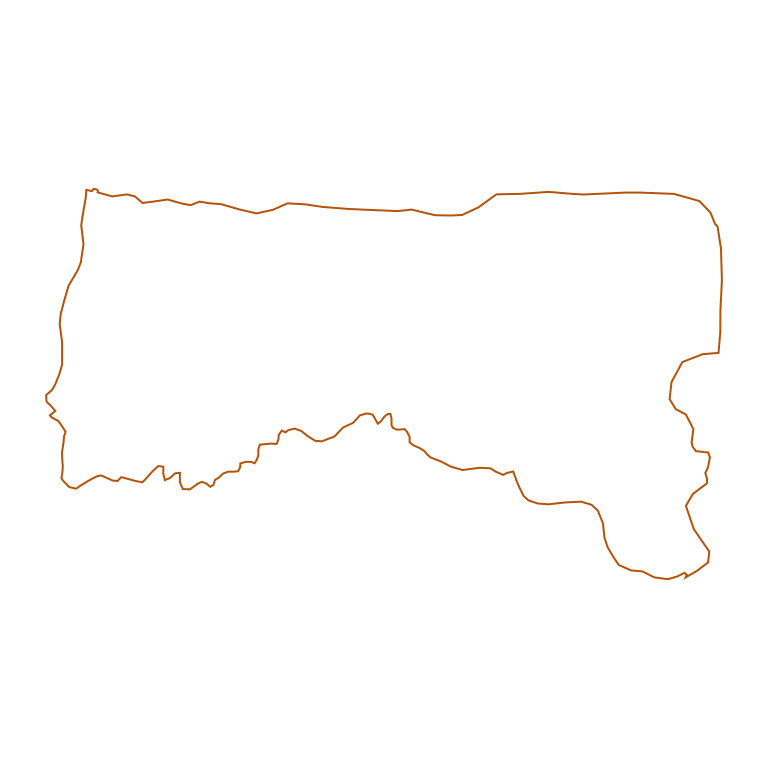 outline of Nyenebo, River Gee, Liberia
{"feature_id": "62588387B68728641169413", "entity_name": "Nyenebo", "entity_type": "district", "adm_level": 2, "iso_a3": "LBR", "parent_name": "Liberia", "parent_adm1": "River Gee", "projection": "albers", "projection_center": [-7.727, 4.898], "detail": "fine", "context": "isolated", "style": "outline", "palette": "amber", "viewbox_px": 768, "rotation_deg": 0, "n_neighbors": 0, "source": "geoboundaries", "source_scale": "gbopen_adm2", "svg_char_len": 3270}
<svg xmlns="http://www.w3.org/2000/svg" viewBox="0 0 768 768"><path d="M685.6,577.4L697.0,570.8L708.0,562.5L709.3,551.7L693.8,529.1L685.9,505.9L692.9,493.9L706.9,483.4L707.1,479.1L705.3,472.9L708.0,467.3L709.9,457.3L708.1,452.5L695.9,451.1L692.5,446.5L691.6,442.1L693.4,429.2L685.9,414.5L675.7,409.1L669.6,399.1L671.5,382.1L682.4,362.0L702.6,354.2L718.5,352.9L720.3,332.1L720.4,312.3L720.6,306.4L721.9,280.5L721.0,248.6L717.5,226.4L715.0,223.9L710.5,212.7L699.5,201.1L686.9,197.5L673.9,193.9L640.7,192.6L624.9,192.6L592.2,194.1L583.7,194.5L574.2,194.0L548.6,191.9L519.4,193.9L502.4,194.2L496.3,194.4L478.2,207.5L473.6,209.6L462.1,215.0L450.6,215.5L434.8,215.2L411.7,209.6L397.6,211.1L348.9,209.0L322.3,206.9L305.7,204.4L290.6,203.5L287.6,203.3L273.0,209.8L256.5,213.4L238.9,209.3L221.3,204.2L208.8,203.2L199.7,201.6L192.8,204.3L190.7,205.1L182.1,203.6L167.6,199.5L154.0,201.5L142.5,203.0L134.9,196.4L126.9,194.4L112.3,196.4L97.7,192.4L98.1,191.4L97.3,189.7L93.6,188.8L91.8,191.1L86.4,189.9L86.0,194.0L85.6,198.6L82.5,216.4L81.2,225.3L83.5,244.1L81.4,258.2L80.9,262.1L78.1,269.4L74.9,275.1L68.6,285.6L64.4,299.9L62.5,307.2L60.7,313.7L59.7,324.4L62.1,342.1L62.1,363.2L62.1,364.6L59.5,373.6L55.2,384.5L51.9,390.1L46.1,395.1L46.5,401.5L51.3,406.3L55.3,410.9L49.9,415.4L51.7,417.4L58.4,421.1L61.4,425.3L65.6,431.8L65.1,433.3L64.0,436.6L63.5,442.7L62.0,452.3L62.2,458.6L62.8,466.5L62.2,474.1L61.4,478.2L62.9,480.5L69.1,487.0L76.0,488.7L81.3,485.1L88.7,480.6L96.7,476.4L101.2,475.4L112.5,480.5L117.5,481.0L120.6,477.9L121.3,477.2L126.4,478.5L135.7,481.0L140.7,482.0L142.4,482.3L146.0,478.6L147.5,477.0L152.0,471.9L158.0,466.2L158.9,466.1L161.9,466.5L163.4,466.8L163.2,473.4L164.9,480.1L169.7,478.1L171.2,476.9L172.2,476.1L173.2,475.0L175.4,473.2L179.9,472.9L179.9,482.3L182.8,489.1L190.0,489.3L191.4,488.3L197.8,483.7L201.8,481.8L206.6,483.7L210.2,486.8L213.5,484.9L214.0,483.1L215.0,479.9L218.2,478.0L219.0,477.5L222.2,474.3L223.2,473.5L228.1,471.7L233.4,471.7L238.2,471.2L240.3,467.0L240.3,463.5L245.6,461.9L246.6,461.9L251.4,461.9L254.5,463.3L256.6,460.1L258.3,455.6L258.3,449.6L259.8,444.6L263.8,444.3L270.5,443.6L276.7,443.9L278.5,439.0L278.7,435.0L281.8,430.6L284.3,431.8L285.4,432.3L288.2,430.2L290.0,429.7L293.7,428.8L294.6,428.6L301.3,431.0L306.9,435.4L308.7,436.8L315.8,441.1L318.1,440.9L320.4,441.3L321.6,441.4L329.2,438.5L333.9,436.8L335.4,435.6L338.6,432.1L343.1,427.5L353.0,422.9L359.9,415.4L366.4,413.5L368.5,413.6L372.6,414.6L374.3,417.5L376.2,420.8L377.8,423.7L380.7,421.6L384.3,416.7L387.9,413.9L390.4,414.0L391.5,418.4L391.5,421.8L391.5,425.2L392.9,427.8L396.2,429.5L400.3,429.5L404.6,429.1L407.0,431.7L409.6,436.8L409.6,442.3L412.9,445.0L419.2,447.9L424.4,451.0L426.7,454.0L430.5,457.4L441.0,461.5L443.7,462.9L450.8,466.6L462.5,470.0L479.5,467.8L490.5,468.3L495.8,471.7L503.2,474.9L506.8,473.0L513.2,471.5L515.6,478.1L516.5,480.7L519.9,488.6L521.5,491.7L523.7,496.1L528.5,500.4L537.8,503.5L548.7,504.3L556.5,503.4L565.7,502.4L578.5,501.8L581.2,501.7L590.4,504.4L591.5,504.8L594.5,507.5L597.8,510.6L602.3,521.7L603.0,523.5L603.6,529.7L604.5,537.9L607.7,547.4L613.1,556.5L617.7,563.5L619.0,565.1L629.5,569.7L631.1,570.4L642.4,571.4L654.4,577.4L667.8,579.2L677.2,576.5L684.5,572.8L686.8,574.8L685.6,577.4Z" fill="none" stroke="#b45309" stroke-width="2"/></svg>